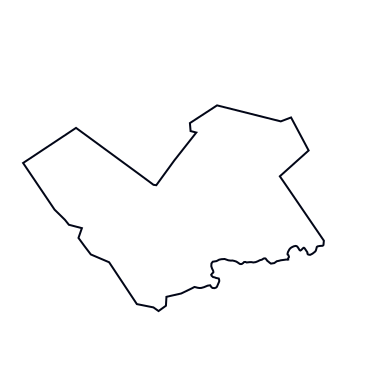 Maprik District, East Sepik, Papua New Guinea, rotated 146°
{"feature_id": "67681753B82575638855477", "entity_name": "Maprik District", "entity_type": "district", "adm_level": 2, "iso_a3": "PNG", "parent_name": "Papua New Guinea", "parent_adm1": "East Sepik", "projection": "albers", "projection_center": [142.998, -3.65], "detail": "fine", "context": "isolated", "style": "outline", "palette": "ink", "viewbox_px": 384, "rotation_deg": 146, "n_neighbors": 0, "source": "geoboundaries", "source_scale": "gbopen_adm2", "svg_char_len": 1814}
<svg xmlns="http://www.w3.org/2000/svg" viewBox="0 0 384 384"><g transform="rotate(146 192 192)"><path d="M109.9,77.9L110.3,146.8L110.4,155.9L72.1,161.2L68.2,198.4L78.9,200.9L122.7,249.7L122.8,249.8L155.2,250.3L159.1,243.3L155.2,238.9L172.7,233.3L188.9,228.1L217.8,217.6L219.9,219.5L225.0,234.0L252.3,310.0L315.8,310.5L315.8,254.2L312.9,240.0L312.4,233.7L303.5,223.6L311.8,217.4L311.4,207.3L310.8,196.8L300.0,180.1L300.4,129.9L288.5,117.9L286.3,112.0L277.2,112.3L271.8,119.4L257.7,113.9L246.0,112.2L243.1,111.9L242.3,111.1L241.0,109.6L239.6,108.3L238.0,107.3L235.3,106.4L231.4,105.6L229.1,104.5L229.1,104.1L229.1,102.4L228.7,101.0L227.1,99.7L225.5,99.3L224.3,99.5L219.5,102.6L218.7,103.7L218.2,105.3L220.3,107.5L220.9,108.5L222.1,109.7L222.6,111.7L222.3,112.7L220.7,113.2L219.3,113.4L218.7,114.3L218.4,115.5L218.2,117.2L217.5,119.7L215.8,121.9L213.8,122.6L210.3,121.0L207.3,120.7L205.1,119.8L202.4,118.2L200.1,115.1L198.3,113.5L196.7,112.5L195.4,111.1L194.3,109.7L193.7,108.5L192.6,105.7L191.8,104.9L191.0,104.5L189.4,104.5L188.0,104.8L186.8,104.1L186.1,103.0L183.6,101.7L181.8,100.5L180.6,99.3L178.5,98.3L176.3,97.8L173.9,97.5L171.9,96.8L169.9,96.8L168.6,96.2L168.2,95.6L168.0,92.4L167.6,91.7L167.3,90.3L166.6,88.5L163.6,87.1L162.3,87.1L160.5,87.2L158.0,86.2L156.7,85.8L155.5,85.2L153.7,84.3L151.6,83.3L150.7,82.5L150.0,82.2L149.5,83.2L148.2,83.7L147.8,84.2L147.4,85.8L147.7,86.7L147.5,87.2L146.1,88.5L145.0,89.1L143.3,90.0L141.7,90.4L140.3,90.4L138.1,90.1L136.3,89.4L135.5,88.6L135.2,87.3L135.2,85.9L135.3,83.6L134.9,82.9L134.0,82.8L130.8,83.4L130.4,83.2L130.1,82.4L130.1,79.9L130.1,77.5L130.8,76.2L130.7,75.3L129.9,74.4L129.1,73.8L126.6,73.5L123.6,73.7L122.2,74.1L120.3,75.7L119.3,76.6L118.4,76.7L116.4,75.9L113.8,74.4L113.2,74.4L112.6,74.6L109.9,77.9Z" fill="none" stroke="#020617" stroke-width="2"/></g></svg>